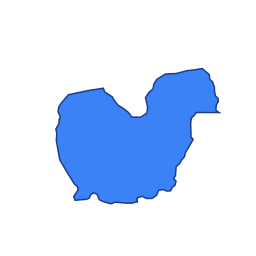 Triunfo, Pernambuco, Brazil, rotated 31°
{"feature_id": "56859067B74717600950827", "entity_name": "Triunfo", "entity_type": "district", "adm_level": 2, "iso_a3": "BRA", "parent_name": "Brazil", "parent_adm1": "Pernambuco", "projection": "mercator", "projection_center": [-38.058, -7.842], "detail": "fine", "context": "isolated", "style": "filled", "palette": "blue", "viewbox_px": 256, "rotation_deg": 31, "n_neighbors": 0, "source": "geoboundaries", "source_scale": "gbopen_adm2", "svg_char_len": 1321}
<svg xmlns="http://www.w3.org/2000/svg" viewBox="0 0 256 256"><g transform="rotate(31 128 128)"><path d="M132.3,62.5L127.7,71.2L127.5,76.9L129.3,81.7L127.6,86.6L127.3,92.9L134.0,99.9L136.5,105.5L133.1,112.5L129.3,114.4L125.9,116.7L122.7,115.4L120.1,114.4L113.2,113.6L108.1,113.6L103.1,112.0L98.4,109.4L89.4,109.1L86.4,106.6L74.2,116.7L59.8,130.2L58.6,137.5L58.0,140.4L57.8,145.6L59.6,150.0L64.4,153.4L64.6,156.4L66.6,159.6L66.6,162.4L66.7,166.1L69.8,169.2L71.7,173.2L73.2,175.9L85.9,190.4L100.4,198.3L110.9,203.6L115.1,204.4L117.2,207.2L116.7,214.6L119.8,217.2L129.0,210.6L130.9,208.1L130.4,204.0L131.9,201.4L135.3,200.6L140.3,204.2L143.7,204.0L149.3,202.7L152.4,201.7L155.3,198.1L164.4,193.7L169.8,190.6L174.1,186.4L171.7,183.3L175.4,179.2L180.0,178.9L184.8,176.1L187.1,171.2L186.4,165.4L189.9,162.7L193.9,162.0L196.9,159.9L196.5,155.9L197.8,152.8L196.5,148.7L193.4,148.1L193.2,144.4L189.2,136.4L190.5,131.9L190.5,127.5L191.2,123.1L190.0,120.5L189.9,117.3L189.8,109.0L189.8,104.3L186.4,103.1L184.5,99.7L182.8,97.3L181.4,95.0L179.2,91.6L177.2,86.8L178.1,83.7L178.6,79.5L198.2,67.8L194.2,67.6L191.8,62.7L191.7,58.8L190.0,56.3L186.5,55.5L183.6,52.4L181.0,48.5L176.8,45.0L173.2,44.2L170.1,40.4L161.0,38.8L154.1,44.7L149.5,48.1L141.1,56.6L136.7,59.5L132.3,62.5Z" fill="#3b82f6" stroke="#1e3a8a" stroke-width="1.5"/></g></svg>